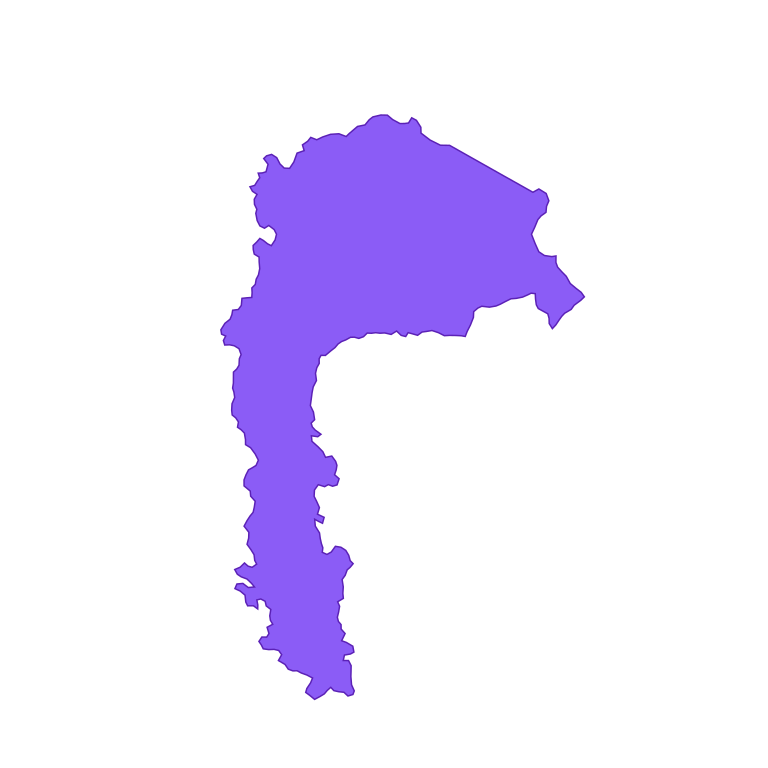 the district of Sanclerlândia, Goiás, Brazil, rotated 331°
{"feature_id": "56859067B50041369621079", "entity_name": "Sanclerlândia", "entity_type": "district", "adm_level": 2, "iso_a3": "BRA", "parent_name": "Brazil", "parent_adm1": "Goiás", "projection": "mercator", "projection_center": [-50.414, -16.327], "detail": "fine", "context": "isolated", "style": "filled", "palette": "violet", "viewbox_px": 768, "rotation_deg": 331, "n_neighbors": 0, "source": "geoboundaries", "source_scale": "gbopen_adm2", "svg_char_len": 4587}
<svg xmlns="http://www.w3.org/2000/svg" viewBox="0 0 768 768"><g transform="rotate(331 384 384)"><path d="M596.5,355.4L592.5,353.9L586.6,349.4L583.5,343.4L584.3,334.2L585.6,324.5L591.9,319.9L598.3,314.8L602.9,313.1L608.9,312.4L612.3,307.4L617.0,303.7L618.2,296.0L614.0,288.5L607.2,288.5L594.8,268.4L589.6,260.0L557.1,207.1L549.1,202.5L542.6,193.0L538.0,182.5L540.7,177.3L540.2,169.1L537.3,164.6L532.0,167.6L528.2,166.1L524.2,163.9L519.8,157.0L517.3,150.5L511.6,147.2L503.8,145.0L499.2,145.7L493.0,148.2L485.7,145.9L474.9,148.1L470.9,149.2L465.9,143.3L458.3,139.7L450.2,138.2L443.6,137.8L439.5,132.8L434.9,134.7L428.6,135.3L427.3,141.2L419.9,139.9L412.8,146.1L406.0,149.6L401.4,146.8L399.7,141.1L399.9,134.0L397.0,128.7L391.9,127.5L388.1,128.5L389.1,135.6L383.7,141.2L379.9,140.4L376.2,138.6L375.3,143.4L371.5,145.2L367.2,147.6L362.4,146.5L362.4,151.7L364.9,156.6L360.1,159.5L357.8,164.1L357.5,169.5L354.6,172.6L352.3,179.6L352.1,185.6L355.0,189.8L360.1,189.5L362.8,195.7L362.6,200.9L358.6,205.2L352.5,208.4L350.1,204.9L348.1,200.0L346.0,196.5L341.6,198.1L336.7,199.4L334.8,203.1L333.5,207.5L336.3,212.4L334.0,216.7L331.2,222.9L327.1,227.7L323.0,230.4L319.7,234.5L315.0,235.9L312.9,240.2L310.3,244.2L306.0,242.2L301.3,240.2L297.3,246.1L292.7,248.2L287.4,246.1L284.6,249.6L280.8,252.7L274.3,253.8L267.6,257.5L266.1,261.7L268.8,265.3L264.6,268.1L263.6,272.7L268.0,274.9L271.6,278.0L274.3,282.8L273.3,289.0L269.7,291.8L266.3,297.3L262.5,299.5L258.1,300.6L255.4,305.4L252.7,310.2L249.6,314.2L248.8,318.3L246.9,323.4L241.5,327.6L238.1,333.0L236.2,337.5L237.9,341.7L238.3,346.6L234.9,350.8L236.8,354.6L238.1,359.2L235.9,365.5L233.5,369.9L236.4,375.0L237.4,382.7L237.2,389.7L232.6,393.2L227.8,393.4L223.9,393.4L219.3,396.5L215.1,400.0L212.2,405.3L215.1,412.8L213.0,417.5L214.5,424.1L210.7,429.0L207.3,432.8L202.9,434.5L198.0,437.1L192.7,440.5L193.9,448.2L190.9,453.2L186.5,457.8L187.3,464.4L187.6,470.3L185.4,475.6L185.3,479.8L179.8,480.4L176.8,477.4L175.2,472.9L169.4,474.5L163.5,473.9L163.5,479.3L165.6,483.4L169.6,488.1L171.5,494.2L172.3,498.7L166.6,496.2L163.9,490.0L158.4,487.6L154.4,490.7L157.8,495.3L160.1,501.3L157.4,507.7L157.2,511.9L162.3,514.7L164.5,519.5L166.5,516.1L168.1,511.2L172.0,512.3L174.7,516.4L173.4,521.0L175.7,526.3L171.7,531.4L170.1,535.6L170.2,540.2L163.8,540.1L162.4,546.5L158.7,548.5L154.5,546.1L149.8,548.5L150.2,552.7L150.0,557.1L154.4,560.4L159.2,562.8L162.7,566.0L163.3,571.1L157.6,574.7L161.5,581.3L162.0,587.0L165.2,590.7L169.0,592.7L171.5,596.6L175.5,601.2L179.0,606.5L174.9,609.8L168.9,612.9L166.0,615.8L168.1,620.3L170.4,626.2L176.4,626.3L181.6,626.1L185.8,624.5L190.4,623.5L191.5,627.9L195.1,631.1L199.5,634.2L201.2,639.4L206.3,640.5L209.2,638.0L209.8,631.3L213.2,623.8L215.7,619.6L218.7,614.4L218.9,608.7L214.3,606.1L218.0,601.9L223.8,603.9L227.7,603.9L229.6,598.2L225.8,591.8L222.5,588.0L229.0,583.4L227.7,577.5L229.8,573.6L229.0,569.6L230.1,565.4L233.7,561.5L237.4,556.9L237.9,552.0L244.5,551.8L246.5,547.2L250.0,541.7L252.6,534.7L257.3,532.5L261.7,528.7L265.5,527.9L269.9,526.2L268.8,522.1L270.1,516.7L269.9,511.0L267.2,505.9L262.8,502.4L256.4,505.4L251.5,505.4L248.4,501.3L251.1,497.6L251.9,493.1L253.4,488.1L255.4,483.0L255.0,475.0L257.8,468.7L260.2,472.5L262.7,476.0L267.0,471.6L262.7,465.6L267.6,460.8L268.2,453.7L268.4,448.4L271.8,443.0L277.7,440.2L282.3,445.0L286.5,445.0L289.5,448.5L294.0,449.5L298.8,445.1L296.8,439.4L300.6,435.9L303.4,432.3L304.2,428.2L303.4,421.7L297.3,419.8L297.7,413.6L295.9,407.0L293.2,399.2L295.4,394.1L300.5,398.0L304.5,397.4L301.5,391.0L300.5,386.8L301.3,382.9L306.0,381.6L308.7,374.3L309.1,367.2L312.7,362.4L316.9,356.7L320.7,352.2L326.6,348.2L329.3,341.4L333.1,337.2L337.3,334.6L339.5,330.5L342.8,328.4L346.6,330.6L353.1,329.3L358.8,328.4L363.3,326.7L367.5,326.3L371.9,326.9L377.3,326.9L380.8,328.7L384.1,331.9L389.0,332.7L394.0,331.3L397.6,333.5L401.6,335.1L405.1,337.6L409.4,339.7L414.3,344.1L420.7,343.8L422.6,349.8L426.0,353.0L430.0,350.8L433.2,353.9L437.0,357.7L442.5,357.0L446.3,358.5L451.9,360.5L456.5,365.5L460.2,371.0L464.8,373.2L470.7,376.6L474.9,379.2L478.1,381.8L482.3,378.3L488.2,374.3L494.5,369.1L497.5,364.2L502.9,363.1L507.2,363.4L513.5,367.9L519.8,370.1L524.4,370.6L529.5,370.7L536.3,371.0L541.1,373.2L547.4,375.2L552.7,375.7L556.7,375.9L560.1,378.3L557.7,383.2L555.6,388.6L555.5,392.8L558.4,397.4L561.3,402.0L560.2,406.6L557.8,411.2L558.1,417.2L563.0,415.6L567.6,413.2L572.2,411.0L576.3,409.7L583.9,409.5L588.5,407.3L596.7,406.2L601.5,404.9L600.9,399.4L598.3,393.4L595.6,386.4L595.6,378.1L594.0,372.4L592.5,366.0L593.3,361.0L596.5,355.4Z" fill="#8b5cf6" stroke="#5b21b6" stroke-width="1.5"/></g></svg>